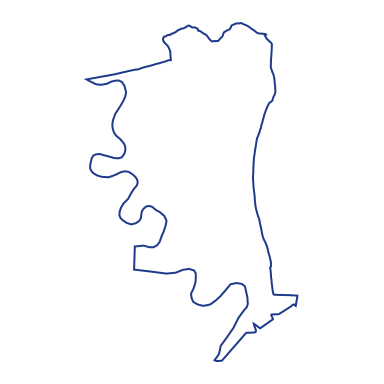 Prajesti, Bacau, Romania (Mercator projection)
{"feature_id": "2599482B9126980716668", "entity_name": "Prajesti", "entity_type": "district", "adm_level": 2, "iso_a3": "ROU", "parent_name": "Romania", "parent_adm1": "Bacau", "projection": "mercator", "projection_center": [26.984, 46.653], "detail": "fine", "context": "isolated", "style": "outline", "palette": "blue", "viewbox_px": 384, "rotation_deg": 0, "n_neighbors": 0, "source": "geoboundaries", "source_scale": "gbopen_adm2", "svg_char_len": 5857}
<svg xmlns="http://www.w3.org/2000/svg" viewBox="0 0 384 384"><path d="M265.3,33.9L264.7,34.1L264.0,34.2L263.5,34.0L263.0,33.7L261.9,33.6L261.3,33.7L259.7,33.5L257.9,33.2L257.0,32.8L254.5,30.7L252.1,29.1L250.8,28.3L249.2,26.9L248.3,26.4L246.6,25.5L246.4,25.3L245.8,25.1L245.4,24.9L244.7,24.7L243.9,24.4L242.3,23.6L241.5,23.1L241.0,23.0L240.8,23.1L240.5,23.2L240.1,23.3L239.4,23.3L238.8,23.4L237.5,23.4L236.7,23.4L236.0,23.5L235.6,23.8L234.9,24.0L233.5,24.6L232.0,25.2L231.7,25.5L231.4,25.9L231.2,26.3L231.0,26.9L230.9,27.5L230.7,27.8L230.2,28.4L229.9,28.8L229.7,29.3L229.4,29.4L227.9,30.1L226.9,30.5L225.2,31.6L224.2,32.1L223.9,32.5L223.6,33.1L223.0,34.7L222.6,35.8L222.5,36.3L222.0,37.0L221.7,37.2L221.1,37.6L220.7,37.9L220.4,38.4L220.0,38.8L218.8,40.3L218.1,41.0L217.8,41.1L216.1,40.9L215.8,41.0L215.5,41.2L215.3,41.2L214.2,41.1L213.6,41.1L213.2,41.1L212.6,41.3L212.1,41.4L211.5,41.1L210.8,40.4L209.9,39.7L209.0,38.5L208.0,37.2L206.5,35.1L205.4,34.4L204.2,34.0L204.1,33.8L203.8,33.6L203.2,33.3L202.6,32.9L201.8,32.2L201.0,31.7L200.3,31.2L199.8,31.0L199.3,30.9L198.6,30.8L198.3,30.7L197.9,30.1L198.1,29.8L197.7,29.0L196.3,28.0L195.0,27.4L193.8,27.4L192.6,27.5L191.5,27.1L191.2,27.0L191.0,26.8L190.7,26.4L189.9,26.1L189.4,25.7L189.2,25.6L188.9,25.6L188.6,25.7L188.3,25.6L188.0,25.7L187.7,25.8L186.5,26.7L185.7,27.2L185.2,27.6L184.3,28.0L182.6,28.6L180.9,28.7L179.9,29.5L179.1,29.8L178.4,30.0L177.9,30.2L177.6,30.4L177.1,31.1L176.0,31.8L175.0,32.5L174.0,32.7L173.5,33.2L173.1,33.5L172.8,33.4L172.4,33.5L172.1,33.7L171.5,33.7L171.1,33.9L170.7,34.5L170.3,34.8L169.8,35.0L168.9,34.8L168.1,35.0L167.4,35.3L166.4,35.9L165.7,36.3L164.9,36.6L163.8,36.7L163.0,39.1L163.0,40.0L163.3,40.8L164.1,41.7L164.0,42.2L164.7,42.8L166.0,44.1L167.7,45.9L168.4,47.1L169.0,48.3L169.6,49.7L170.0,50.8L170.2,51.7L170.3,52.4L170.5,55.4L170.8,60.2L169.8,60.1L169.2,60.2L167.2,60.7L166.8,60.8L166.5,61.1L165.9,61.3L163.2,62.1L161.4,62.5L160.5,62.9L159.8,63.1L158.0,63.6L157.1,63.7L156.3,63.9L153.6,64.8L150.7,65.6L148.0,66.3L146.0,66.8L142.7,67.7L137.7,69.5L136.0,69.5L130.2,70.7L118.9,73.3L115.2,74.2L86.6,79.4L90.2,81.4L96.1,84.3L101.3,84.8L107.2,83.7L111.3,81.6L115.7,80.6L118.9,80.5L121.9,82.0L124.4,85.7L126.1,92.2L125.4,95.9L124.1,99.4L121.4,104.3L118.2,109.4L115.3,113.8L112.9,120.5L112.3,125.2L112.8,129.0L114.2,132.9L116.2,135.7L120.2,139.1L123.8,143.3L125.2,146.4L125.4,149.8L124.4,153.7L121.8,157.3L118.6,158.3L114.4,158.1L109.6,156.7L104.1,155.3L99.7,154.0L96.2,154.3L93.4,155.5L91.8,158.1L90.9,161.7L90.1,165.6L90.3,168.9L91.8,171.6L93.5,173.3L97.0,175.4L101.7,176.8L108.5,177.3L112.7,175.9L116.8,174.2L121.2,172.0L124.9,171.3L128.7,171.9L132.0,173.9L135.2,176.7L137.2,179.7L137.7,182.8L136.8,185.5L133.9,188.9L131.2,193.2L128.1,198.9L123.6,203.3L121.1,207.5L119.7,211.4L119.4,215.1L120.3,217.7L122.5,220.1L126.5,222.8L131.2,224.4L135.6,223.3L138.9,221.2L140.9,218.3L141.3,214.4L142.0,211.1L143.7,208.6L146.5,206.3L149.7,206.0L152.4,207.0L155.9,210.0L160.1,212.3L164.3,215.9L166.5,220.7L165.8,224.9L163.9,230.9L161.4,236.8L159.6,242.0L157.1,245.3L153.4,247.3L149.3,247.2L143.6,245.6L134.8,246.5L134.1,269.6L152.7,271.8L166.3,273.6L175.7,272.7L182.9,269.8L189.2,268.9L194.1,270.5L195.7,273.2L195.8,277.7L195.5,282.3L193.6,288.3L191.0,293.8L191.6,298.2L193.4,302.0L197.5,304.4L203.3,305.9L210.2,304.5L215.7,300.5L220.5,296.1L225.1,290.8L230.5,284.3L236.5,283.0L241.8,283.9L244.9,286.3L245.9,290.6L247.4,297.6L247.8,304.0L246.6,307.5L244.2,310.0L238.4,318.0L233.5,327.8L226.8,337.5L220.6,346.0L219.9,350.2L218.8,354.3L215.9,358.4L214.5,360.2L216.3,361.0L218.7,361.0L221.9,360.7L246.2,332.8L252.7,332.6L254.8,332.4L255.2,332.2L255.6,331.9L255.9,331.5L255.9,330.8L255.6,329.3L255.3,328.3L254.7,326.9L254.3,325.6L253.8,323.8L256.1,325.3L258.4,327.1L260.2,328.3L263.0,326.3L270.5,321.0L272.9,319.4L272.9,319.0L271.8,316.3L271.3,315.2L271.3,314.8L271.5,314.5L273.0,314.4L278.6,314.2L282.9,311.6L285.7,309.8L290.5,306.7L291.5,306.0L292.4,305.1L294.0,304.4L295.7,305.9L297.0,298.6L297.4,296.1L297.4,295.6L295.3,295.5L291.5,295.3L289.1,295.1L286.4,295.1L283.2,295.0L278.2,294.9L275.9,294.8L274.5,294.7L273.5,294.3L272.7,291.1L272.5,288.9L272.0,285.4L271.9,284.5L271.6,281.7L271.4,279.0L271.1,278.3L270.9,273.6L270.6,270.9L270.4,268.9L270.1,267.6L270.9,266.6L271.0,265.6L270.9,264.2L271.0,262.9L270.9,261.9L270.5,260.7L270.3,259.6L270.1,258.4L269.9,257.5L269.3,255.2L268.3,252.2L268.0,250.7L267.7,248.9L267.4,248.0L266.9,246.0L265.2,242.1L263.9,239.5L263.1,237.6L262.6,235.9L262.1,233.5L261.7,231.8L261.4,229.9L260.8,227.1L260.4,225.2L260.0,223.6L259.3,219.4L258.4,217.1L257.2,213.3L256.7,211.4L256.2,209.5L255.4,205.7L255.3,204.6L255.2,203.2L255.0,201.7L254.8,199.9L254.7,198.6L254.7,196.9L254.4,194.1L253.9,190.1L253.7,188.5L253.5,186.6L253.4,184.8L253.3,183.2L253.2,181.8L253.1,180.7L253.1,179.4L253.0,178.7L253.0,177.4L253.0,175.8L253.2,174.1L253.3,172.9L253.3,171.0L253.3,169.8L253.3,168.6L253.4,166.1L253.7,164.5L253.7,164.0L253.6,163.3L253.5,162.8L253.6,162.4L253.8,161.1L253.8,160.2L253.9,158.6L254.1,156.9L254.5,154.6L254.8,152.2L255.2,149.4L256.2,143.4L256.7,140.1L257.1,138.2L258.3,135.4L259.0,133.5L259.5,132.3L260.1,129.8L260.6,128.6L261.0,128.0L261.1,127.4L261.1,126.5L261.5,124.8L262.2,123.0L262.4,122.1L262.8,120.3L263.5,118.1L263.7,117.1L264.4,114.5L266.0,110.0L266.7,108.2L267.5,106.4L268.3,104.8L269.1,103.5L269.3,102.9L269.7,102.5L270.2,102.4L270.9,102.0L271.4,101.6L272.1,100.8L272.6,100.2L272.7,98.8L273.9,96.0L274.6,94.8L274.9,93.9L275.2,92.7L275.4,91.5L275.4,90.4L275.2,88.7L275.2,87.2L275.0,85.2L274.8,83.8L274.6,82.6L274.6,81.7L274.6,80.7L274.4,79.2L274.1,77.7L273.7,75.3L273.3,74.1L272.7,73.0L271.6,69.8L271.0,68.3L270.8,67.4L270.8,66.3L271.0,60.1L271.3,55.7L271.5,53.1L271.6,50.8L271.8,47.4L271.8,45.9L271.9,44.7L271.7,43.7L270.8,42.5L269.9,41.9L268.1,40.0L266.5,38.5L265.0,35.6L266.1,34.7L265.3,33.9Z" fill="none" stroke="#1e3a8a" stroke-width="2"/></svg>